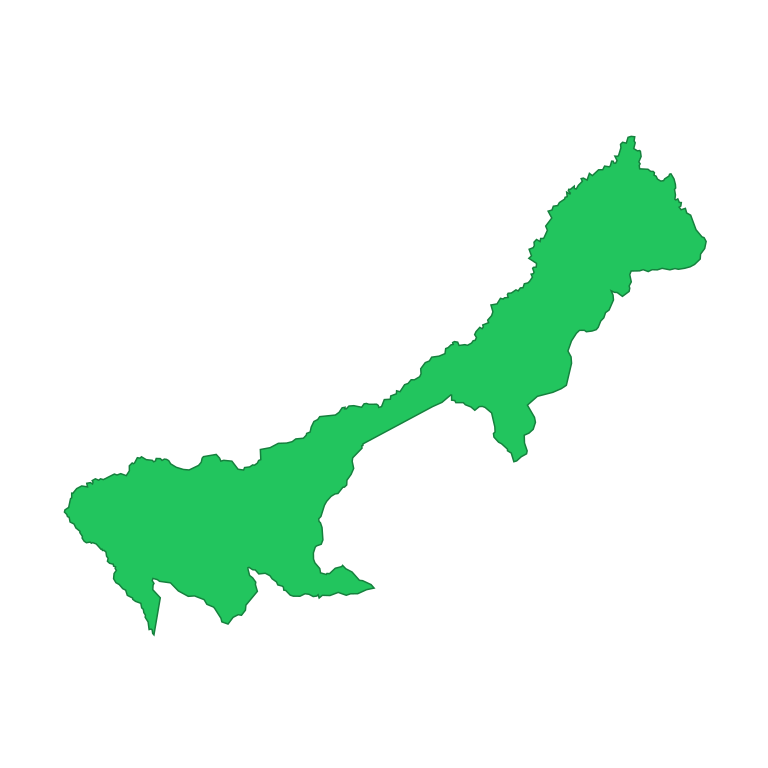 Mira, Carchi, Ecuador, rotated 100°
{"feature_id": "8360857B23467138047954", "entity_name": "Mira", "entity_type": "district", "adm_level": 2, "iso_a3": "ECU", "parent_name": "Ecuador", "parent_adm1": "Carchi", "projection": "mercator", "projection_center": [-78.218, 0.717], "detail": "fine", "context": "isolated", "style": "filled", "palette": "green", "viewbox_px": 768, "rotation_deg": 100, "n_neighbors": 0, "source": "geoboundaries", "source_scale": "gbopen_adm2", "svg_char_len": 6161}
<svg xmlns="http://www.w3.org/2000/svg" viewBox="0 0 768 768"><g transform="rotate(100 384 384)"><path d="M671.0,567.0L633.4,567.2L626.7,576.0L622.2,576.5L620.3,575.9L618.0,578.1L615.6,577.8L616.0,573.2L617.3,570.8L616.9,559.7L623.5,550.6L627.1,539.9L625.6,533.8L627.6,523.7L631.7,520.2L633.3,513.1L634.4,511.8L643.0,503.9L646.4,502.4L647.5,495.9L640.0,492.1L636.5,487.5L636.5,484.2L630.8,481.2L625.8,481.6L610.2,472.7L603.9,475.8L601.4,475.9L597.7,479.7L595.9,483.1L589.7,485.9L588.5,486.1L588.0,485.1L589.7,481.1L589.5,478.4L592.8,474.3L591.0,468.1L592.6,463.0L595.3,460.3L597.6,455.5L600.3,453.7L600.7,449.2L601.5,447.8L604.4,446.9L604.4,444.9L608.2,439.7L608.7,436.5L607.6,429.9L604.3,425.4L604.1,421.4L605.6,416.8L604.5,413.4L603.0,412.3L606.0,410.7L602.8,408.0L601.7,400.5L597.2,392.9L598.6,384.5L596.4,380.5L595.1,373.5L589.6,365.5L586.7,358.3L583.8,361.9L581.4,370.9L581.6,374.1L574.7,382.8L572.6,389.5L569.8,393.3L571.2,394.0L573.9,400.0L580.2,404.7L580.5,407.3L581.6,407.8L581.0,413.7L576.9,415.2L572.1,421.0L568.7,423.0L562.6,424.2L556.7,423.4L555.2,422.4L552.7,418.0L548.2,417.1L536.1,420.1L531.7,422.5L530.6,424.1L528.1,424.9L525.4,423.1L513.8,421.6L509.5,420.1L503.8,416.6L500.8,413.2L499.8,410.3L492.9,406.6L492.4,405.0L489.9,403.2L485.2,403.8L478.7,400.7L472.4,399.2L465.7,401.9L462.1,402.0L451.0,394.5L448.8,395.2L448.2,394.1L446.6,394.3L397.8,332.2L392.0,323.7L383.1,316.3L383.2,315.5L388.2,314.6L388.0,311.5L389.9,310.0L388.6,302.6L390.3,300.3L391.5,294.4L394.1,290.0L389.7,286.2L389.0,283.2L389.5,280.4L393.8,273.0L407.0,267.4L411.9,266.3L413.8,267.6L417.2,266.5L421.4,261.1L422.4,257.9L426.7,251.1L428.3,250.8L429.9,246.7L438.0,242.6L436.7,240.0L431.8,236.2L428.0,231.5L425.0,231.4L417.7,235.4L410.1,237.0L407.2,232.7L402.7,229.2L395.4,228.2L390.7,230.0L379.9,239.1L369.5,230.8L362.9,216.3L357.8,208.6L353.6,204.2L331.0,202.9L324.8,204.5L319.6,208.6L308.9,206.8L300.6,203.3L297.2,200.8L296.3,196.0L297.4,193.8L295.7,188.3L293.6,184.4L291.0,182.9L284.4,181.5L280.6,179.0L275.2,178.2L272.1,175.2L261.4,172.6L256.6,173.9L252.7,176.5L253.7,173.0L253.4,170.3L256.3,164.4L250.3,158.7L247.0,158.6L244.9,159.6L240.5,158.2L233.6,161.0L229.8,160.2L228.2,152.0L226.4,148.6L227.4,143.3L224.9,139.9L224.1,134.6L221.8,130.2L221.9,122.3L219.8,117.5L219.9,114.0L217.8,107.9L215.4,102.8L212.2,98.8L206.0,94.3L201.1,94.8L194.9,91.7L187.7,91.5L184.3,94.2L183.9,96.4L177.9,103.5L164.5,111.3L163.0,115.6L158.7,117.7L160.8,121.7L158.6,124.1L157.2,122.6L153.7,122.7L153.9,124.7L150.7,126.8L152.1,128.6L151.6,129.6L147.2,129.8L141.9,131.7L140.4,130.8L136.8,131.7L131.7,134.0L127.2,137.9L127.8,139.2L129.8,139.5L133.2,143.2L135.2,144.0L136.1,146.7L134.7,150.3L132.1,152.1L131.5,154.3L128.9,154.4L127.9,155.9L128.3,158.3L126.7,161.3L127.7,169.6L124.5,170.6L122.7,170.0L121.0,171.6L115.3,170.3L110.3,171.9L109.7,172.8L110.4,174.9L108.8,178.9L102.8,178.5L101.2,179.9L97.0,180.0L97.2,183.6L98.7,186.5L104.7,187.2L104.5,191.0L106.9,192.7L110.3,191.7L117.8,192.6L119.2,193.3L119.5,196.2L123.5,193.3L126.3,194.2L126.6,195.8L124.8,197.0L125.0,198.5L129.9,199.0L131.0,199.9L131.1,204.6L135.0,205.8L135.8,209.9L142.6,215.0L140.9,218.3L147.9,219.4L146.6,223.4L147.5,225.5L150.0,223.9L154.6,227.1L158.5,228.5L158.5,230.4L156.1,231.0L160.0,234.3L160.2,235.9L161.7,236.0L163.6,233.6L164.6,233.9L163.4,237.4L167.7,236.1L168.7,238.1L170.5,238.2L174.9,242.8L178.1,243.9L179.5,248.1L183.5,248.8L185.3,252.4L191.4,247.6L200.4,252.2L204.2,249.8L210.9,251.5L212.9,252.1L213.5,255.0L216.6,255.0L215.2,258.9L218.3,260.9L221.6,260.0L223.8,260.7L226.1,264.5L232.2,261.0L235.1,263.2L238.7,254.8L239.7,254.6L242.4,254.4L243.2,257.1L244.3,257.7L247.9,255.6L249.5,256.2L250.3,258.2L253.0,256.4L257.7,258.5L259.5,259.9L260.9,263.2L265.0,263.8L265.7,266.4L269.0,268.0L268.4,270.4L272.3,274.4L273.1,277.5L274.4,278.0L277.2,276.8L278.2,280.3L279.6,281.4L279.4,284.2L285.5,286.6L287.6,292.4L294.0,289.3L298.0,289.9L303.1,293.0L305.5,291.7L308.7,297.0L310.7,296.1L312.5,297.0L311.6,299.5L316.5,302.5L319.6,303.3L322.2,301.0L325.2,301.8L325.9,303.7L328.5,304.9L331.4,308.5L331.2,311.2L333.0,316.8L330.0,318.7L330.0,322.0L331.3,323.6L333.0,322.7L333.8,324.8L337.1,327.2L338.4,329.4L343.5,329.2L347.0,334.6L349.3,341.7L353.4,343.3L355.8,347.1L362.6,350.5L367.5,349.3L370.6,350.1L374.6,354.8L375.1,358.0L379.3,360.4L381.1,363.6L388.8,366.9L388.5,370.4L391.5,370.1L394.6,375.3L397.9,375.1L399.3,381.0L406.7,382.5L408.0,385.1L406.1,385.9L405.2,387.7L406.6,395.4L406.2,397.9L407.0,400.2L410.8,402.0L410.6,410.0L411.8,414.7L415.0,416.8L415.3,418.4L413.7,418.3L414.7,421.1L419.7,423.3L423.0,426.5L427.3,441.6L430.5,443.1L433.1,446.5L439.1,448.2L444.1,448.4L446.1,451.6L448.0,451.7L451.4,454.0L453.4,461.3L456.8,464.5L459.1,469.7L460.8,477.8L466.5,485.1L470.0,494.4L479.9,492.2L481.1,494.2L483.8,494.9L486.5,497.5L486.5,499.3L489.0,501.9L490.5,506.8L493.1,507.3L493.3,512.9L486.4,520.4L487.0,528.6L488.3,531.3L485.6,533.0L482.5,537.0L486.9,549.2L488.6,550.2L492.8,550.4L496.4,552.5L502.5,561.0L503.0,566.7L502.1,574.1L499.7,580.2L496.9,582.7L496.0,585.1L496.1,587.3L497.8,589.3L496.3,591.3L496.9,595.4L499.4,595.7L500.6,597.3L499.4,598.9L499.8,605.0L497.8,610.2L499.4,611.5L499.4,614.1L505.2,616.0L506.0,617.0L505.5,618.3L508.8,620.6L513.7,619.7L519.0,621.9L518.0,627.7L520.0,631.1L519.5,633.9L526.9,643.8L526.6,646.7L528.3,648.3L527.5,651.8L529.8,654.6L531.1,653.5L533.1,653.7L532.1,656.0L533.4,659.5L536.8,658.1L536.9,664.0L540.4,668.5L545.6,671.4L545.7,672.6L550.3,671.8L551.4,672.8L560.3,673.1L563.3,676.3L565.6,676.5L567.5,673.8L569.5,672.7L570.0,670.9L574.4,669.2L575.7,665.0L579.3,662.4L581.9,657.8L583.2,657.7L586.4,654.6L588.2,654.5L590.9,652.0L592.0,649.5L590.7,645.9L591.6,644.6L590.8,643.3L591.5,639.6L595.9,634.0L595.6,633.1L596.8,632.4L596.5,630.7L597.8,628.6L601.8,627.3L603.6,625.4L606.6,625.6L608.2,623.1L608.5,619.3L610.3,618.7L610.7,616.6L612.5,616.7L613.9,615.2L617.5,616.9L622.7,616.5L626.2,613.5L627.5,609.9L630.9,605.8L631.9,602.6L636.7,600.1L638.4,594.5L639.7,594.0L641.2,591.0L642.2,585.4L646.5,583.8L647.7,581.9L650.9,580.8L653.0,578.8L655.2,578.7L659.3,575.0L666.6,572.7L665.8,570.9L666.4,569.6L669.8,568.5L671.0,567.0Z" fill="#22c55e" stroke="#15803d" stroke-width="1.5"/></g></svg>